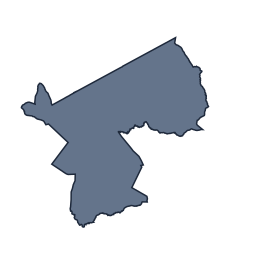 outline of Kalulushi, Copperbelt, Zambia, rotated 157°
{"feature_id": "96606910B20946814397752", "entity_name": "Kalulushi", "entity_type": "district", "adm_level": 2, "iso_a3": "ZMB", "parent_name": "Zambia", "parent_adm1": "Copperbelt", "projection": "natural_earth1", "projection_center": [27.971, -12.761], "detail": "fine", "context": "isolated", "style": "filled", "palette": "slate", "viewbox_px": 256, "rotation_deg": 157, "n_neighbors": 0, "source": "geoboundaries", "source_scale": "gbopen_adm2", "svg_char_len": 5739}
<svg xmlns="http://www.w3.org/2000/svg" viewBox="0 0 256 256"><g transform="rotate(157 128 128)"><path d="M45.5,116.3L45.7,118.8L45.3,119.4L45.4,120.0L45.2,121.7L45.5,122.0L45.4,122.4L45.5,123.2L45.0,124.1L44.4,124.5L44.4,125.3L44.0,125.7L43.6,126.6L43.7,127.3L43.5,127.1L43.3,127.3L43.4,128.4L43.0,129.6L43.2,129.8L43.1,130.3L43.3,130.8L42.7,132.7L43.0,135.1L43.4,136.0L43.3,137.1L44.1,138.3L44.2,138.8L44.0,139.6L44.2,140.1L44.1,140.7L43.4,142.0L43.3,143.0L42.6,143.6L42.8,144.3L42.4,144.4L42.0,145.0L41.9,145.9L42.1,147.0L41.2,148.3L41.2,149.4L39.3,150.5L38.4,150.8L38.0,151.1L37.8,151.5L39.0,153.0L38.5,154.4L38.6,155.1L39.1,155.7L39.1,156.1L40.7,157.6L40.8,158.0L41.6,157.8L42.6,158.5L43.2,158.6L43.7,158.5L44.3,158.8L44.5,161.4L44.9,162.7L44.9,163.4L45.2,164.0L45.1,164.7L45.4,165.0L45.3,166.1L45.5,166.6L45.4,167.4L45.6,168.7L45.9,169.2L46.1,171.3L46.5,171.8L46.9,174.1L46.8,175.7L47.4,177.6L47.4,180.1L47.8,181.6L49.9,184.8L51.1,185.7L51.9,187.9L48.9,192.6L108.9,186.9L109.3,186.6L111.3,186.5L162.6,181.6L162.4,181.8L164.1,181.7L164.2,181.4L168.1,181.0L169.8,180.7L172.7,180.5L175.7,180.1L188.9,178.8L189.0,180.8L188.4,182.4L188.1,184.0L188.2,188.9L188.1,191.0L188.3,191.9L188.8,192.7L189.3,194.5L189.2,195.6L189.3,196.5L189.1,197.3L189.5,200.2L190.5,202.7L191.5,203.5L192.0,203.7L192.4,203.3L193.7,202.7L194.8,201.5L195.2,200.2L196.0,199.1L196.5,197.6L198.2,195.6L200.8,193.4L203.9,187.8L204.2,186.3L207.7,189.4L208.9,190.4L210.1,190.8L212.7,190.9L214.2,190.3L215.8,190.3L216.6,190.0L217.0,189.4L217.5,189.3L218.2,188.3L217.1,186.0L216.9,184.6L217.1,184.1L216.8,183.7L217.1,183.2L217.4,181.4L216.8,180.0L216.1,179.2L214.8,178.4L214.5,178.4L213.6,177.7L212.2,177.0L211.5,176.5L211.1,175.7L209.7,174.9L209.2,173.5L208.5,172.7L208.3,172.1L207.8,171.6L204.6,169.2L204.3,168.8L203.1,167.6L202.8,167.0L202.3,163.1L199.6,162.7L188.8,138.1L212.3,124.5L203.2,110.6L202.1,109.3L201.2,108.6L194.6,106.1L197.3,100.2L200.5,97.2L202.9,93.9L205.3,91.3L208.4,84.2L211.7,77.8L212.6,76.6L212.9,75.8L213.3,73.9L213.1,73.7L212.5,73.6L212.4,72.8L212.5,72.2L213.1,71.0L213.0,70.7L211.9,69.7L210.9,69.1L210.9,68.7L211.6,68.4L211.7,67.1L212.4,66.7L212.5,66.4L212.3,64.8L212.0,64.3L211.2,63.7L210.7,62.8L210.8,61.9L211.1,60.9L210.5,57.5L209.8,57.3L208.9,57.6L208.4,57.3L208.2,56.4L208.5,55.6L208.5,55.0L207.9,54.3L206.8,54.2L206.1,55.8L205.6,56.2L204.7,55.7L204.5,56.1L204.2,56.1L204.2,55.8L203.9,56.1L203.0,55.9L202.6,56.1L202.5,55.9L201.9,55.8L201.5,55.4L201.3,55.8L201.1,55.5L200.5,55.7L200.4,55.5L199.8,55.7L198.8,55.1L198.1,54.9L197.5,55.1L196.8,54.8L196.9,55.0L196.6,55.3L194.8,56.5L194.7,56.9L194.1,57.1L193.5,57.8L192.6,58.2L192.4,58.5L192.4,58.8L191.2,59.7L189.9,59.8L189.0,59.6L188.5,59.8L187.5,60.0L187.3,60.3L185.5,59.9L184.7,59.4L184.4,59.6L184.0,58.9L183.7,59.0L183.6,58.9L183.4,58.3L182.9,58.2L181.4,57.3L181.3,56.9L181.0,56.9L180.8,56.3L180.4,56.0L180.6,55.6L180.3,55.6L180.2,55.3L179.4,55.1L178.9,54.5L178.6,54.6L178.2,54.2L177.5,54.1L176.9,54.3L176.7,54.2L175.5,54.4L175.1,54.0L174.5,54.8L174.2,54.8L173.9,54.5L172.9,54.6L172.7,54.9L172.2,55.0L171.2,54.3L170.8,54.5L169.8,54.4L169.4,53.9L169.0,53.9L168.7,53.1L168.2,53.0L166.5,54.0L166.1,53.6L165.8,53.7L165.6,54.0L164.5,54.0L163.9,54.7L162.6,55.7L159.9,56.1L157.3,55.7L157.0,55.5L155.5,55.5L153.6,54.4L152.9,53.6L152.2,53.5L151.2,52.9L150.8,53.1L150.3,52.6L149.5,52.8L147.5,52.3L147.5,52.5L146.4,52.4L145.2,53.0L144.4,53.9L144.3,54.2L143.7,54.4L139.2,52.4L139.0,53.6L137.8,55.2L137.3,57.7L147.8,71.6L130.6,86.6L130.8,88.5L128.4,88.0L128.4,88.5L128.5,92.6L129.0,97.6L132.3,105.1L132.9,107.7L137.4,123.0L138.4,128.2L138.3,128.3L138.0,127.8L137.5,128.1L137.2,128.0L137.1,127.7L136.6,127.8L136.6,127.6L136.9,127.4L136.6,127.3L136.5,127.0L135.4,127.2L135.0,126.8L134.3,126.7L133.9,126.1L134.1,126.0L134.1,125.7L133.8,125.6L133.8,125.4L133.5,125.4L133.6,125.6L133.4,125.6L133.4,125.3L133.2,125.2L133.1,125.4L133.1,125.1L132.6,124.8L132.5,124.5L131.9,124.4L131.6,124.0L131.4,124.1L131.3,123.7L131.5,123.7L131.3,123.2L131.0,123.1L130.8,123.3L130.5,123.1L129.9,123.3L130.0,123.5L129.8,123.6L130.0,123.8L129.7,124.3L129.6,124.1L129.2,124.2L128.5,124.0L127.9,124.5L127.9,124.8L127.2,125.5L126.5,125.3L126.3,126.2L125.6,125.9L124.1,126.3L123.5,125.9L123.2,125.5L122.9,125.5L122.7,126.4L121.9,126.7L120.7,127.6L120.9,127.7L120.8,127.9L120.5,127.9L120.3,127.6L120.4,127.2L120.2,127.0L119.9,127.2L119.8,126.5L118.7,126.2L118.4,125.0L117.7,125.1L117.6,124.4L117.3,124.1L115.9,124.2L115.4,123.7L114.6,123.9L114.2,124.4L113.8,124.3L113.7,124.0L112.9,124.1L113.0,124.3L112.4,124.5L111.9,125.2L111.9,125.8L111.7,126.1L111.3,126.4L111.3,126.1L111.1,126.1L109.9,126.8L109.2,126.8L109.1,126.5L108.8,126.5L108.5,125.1L108.2,124.4L108.4,123.7L108.1,123.1L108.3,120.9L108.1,120.7L107.6,119.7L107.7,119.3L107.2,118.9L107.3,118.8L107.1,118.5L107.1,117.9L106.9,117.9L106.6,117.5L106.1,117.4L105.9,116.9L105.0,116.4L104.9,115.9L103.7,115.5L103.4,115.2L102.8,115.2L101.8,114.4L101.4,113.6L101.1,111.9L100.7,111.6L100.5,110.8L99.8,111.0L98.1,110.2L97.1,110.0L96.6,109.6L96.4,109.1L95.4,108.5L94.4,107.4L93.9,107.2L93.6,107.3L92.4,106.8L91.8,106.8L90.9,106.4L89.3,106.3L88.6,106.0L88.0,106.1L87.0,105.7L87.1,105.3L86.5,105.4L86.3,104.7L86.4,104.0L86.0,103.7L85.7,102.4L85.4,102.4L84.0,100.6L83.5,100.2L83.1,100.2L82.6,99.7L81.9,99.9L81.5,99.6L80.7,99.6L79.8,100.4L79.0,100.6L78.6,101.2L78.1,101.4L76.8,101.6L74.5,102.5L73.9,102.5L71.9,102.0L71.4,102.3L69.9,102.4L68.1,100.7L67.4,100.3L66.9,99.7L65.5,98.8L62.7,98.1L61.4,98.1L59.9,97.4L63.0,103.3L63.3,104.4L63.2,105.1L61.8,107.3L61.2,108.0L60.8,107.8L59.2,108.4L57.8,109.2L56.7,109.3L56.4,109.6L54.6,109.5L53.9,109.7L52.9,109.7L52.4,110.2L51.2,112.9L50.1,113.9L49.0,115.6L47.9,116.0L46.9,115.8L45.5,116.3Z" fill="#64748b" stroke="#1e293b" stroke-width="1.5"/></g></svg>